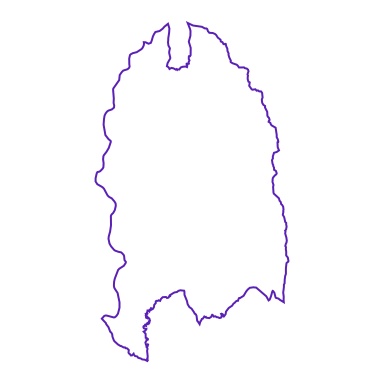 outline of Ebéjico, Antioquia, Colombia
{"feature_id": "7082276B74110023604891", "entity_name": "Ebéjico", "entity_type": "district", "adm_level": 2, "iso_a3": "COL", "parent_name": "Colombia", "parent_adm1": "Antioquia", "projection": "equal_earth", "projection_center": [-75.78, 6.323], "detail": "fine", "context": "isolated", "style": "outline", "palette": "violet", "viewbox_px": 384, "rotation_deg": 0, "n_neighbors": 0, "source": "geoboundaries", "source_scale": "gbopen_adm2", "svg_char_len": 5990}
<svg xmlns="http://www.w3.org/2000/svg" viewBox="0 0 384 384"><path d="M143.8,42.2L144.0,43.8L143.7,45.5L142.6,47.8L141.5,49.1L136.7,52.2L133.0,53.1L131.0,54.1L130.0,55.0L129.2,58.5L129.3,64.3L129.6,66.4L129.2,67.7L127.6,69.2L123.2,70.6L121.6,72.3L119.7,75.1L119.2,80.1L113.3,88.5L113.1,89.8L113.8,98.5L113.6,103.0L114.2,105.5L114.0,107.6L111.9,109.4L108.4,110.6L107.1,111.5L105.7,113.3L104.6,115.5L104.0,119.0L103.6,124.7L105.4,135.1L108.5,139.1L110.7,141.0L110.8,141.9L108.8,147.9L106.5,151.8L103.8,155.3L103.4,156.3L103.1,159.3L103.6,163.3L103.4,167.2L102.7,168.6L100.4,171.0L99.4,171.6L97.4,172.1L96.7,173.4L95.6,178.2L95.6,181.5L97.3,184.2L102.5,187.2L103.9,188.6L107.6,195.5L109.2,197.0L111.7,198.3L114.4,201.4L115.6,203.4L115.8,205.8L114.8,210.1L113.2,212.9L111.5,214.6L110.9,215.9L111.0,225.3L110.1,231.6L108.8,236.3L108.5,238.8L109.5,243.6L111.1,246.4L114.0,249.8L115.1,250.6L118.4,251.8L121.2,252.4L122.3,253.4L123.7,255.0L124.1,256.0L124.5,260.0L125.9,262.0L125.5,263.3L123.8,265.8L119.3,268.7L118.1,270.0L114.8,278.6L114.1,281.7L113.9,285.5L114.1,287.1L114.6,288.4L117.6,293.0L119.5,302.3L119.5,307.7L118.0,313.6L116.4,316.0L114.8,317.3L113.6,317.4L106.5,315.5L105.4,315.5L104.2,316.0L101.8,318.7L105.9,323.1L106.3,324.3L108.5,327.2L110.2,331.7L111.3,332.6L112.2,334.3L112.5,336.8L113.9,340.5L114.5,341.3L118.0,344.5L120.5,346.0L121.3,346.1L123.5,347.4L125.0,347.4L125.6,348.2L126.8,348.3L127.4,348.6L128.8,350.1L128.5,352.5L128.9,353.4L130.1,354.3L130.8,355.4L132.0,355.4L133.6,353.7L134.0,354.8L135.0,356.0L137.3,356.5L138.2,357.8L141.1,358.6L142.1,359.4L144.7,359.7L147.3,361.0L147.8,360.2L147.1,358.9L147.7,358.0L147.5,357.4L147.7,356.4L147.1,350.8L147.5,349.0L147.4,348.2L146.5,347.0L147.5,346.4L148.1,344.6L147.8,344.3L146.4,345.1L146.0,344.9L145.4,342.4L146.3,341.0L146.5,339.8L147.7,339.8L147.9,339.6L147.9,339.0L146.8,338.1L145.7,337.8L145.6,333.8L143.7,331.6L144.8,331.1L146.3,329.4L146.4,329.0L143.9,328.3L143.5,327.6L143.4,326.7L143.7,326.1L144.8,325.9L145.0,325.1L145.8,325.6L145.6,324.8L145.9,324.4L147.3,324.3L147.1,323.4L147.3,323.1L148.2,323.9L148.8,323.7L149.2,323.2L149.5,321.9L148.9,321.7L148.9,321.3L149.9,320.6L149.6,319.9L149.6,319.1L148.8,318.1L147.9,318.3L147.8,317.4L147.4,316.7L147.1,317.0L147.1,318.1L146.2,317.8L146.0,317.3L146.1,316.3L145.7,315.6L146.3,314.5L145.8,313.9L146.3,313.6L147.2,313.9L147.5,313.6L147.0,312.3L147.5,311.5L147.5,310.5L148.1,310.4L149.4,311.5L149.6,311.0L149.2,310.4L149.7,310.2L149.8,309.7L150.7,309.9L151.1,308.2L151.4,308.3L152.1,309.3L153.0,308.8L154.0,306.9L154.2,304.9L155.8,303.0L155.7,301.7L155.9,301.2L156.7,300.8L157.8,300.9L158.6,300.3L160.1,300.9L161.0,298.9L162.7,297.2L166.0,297.0L167.0,298.0L168.5,297.6L169.4,295.9L169.7,296.4L170.2,296.1L170.4,295.2L170.8,294.6L174.3,292.5L177.0,292.0L178.5,290.8L180.4,290.3L184.1,290.7L184.4,291.5L184.5,294.9L187.0,301.1L187.6,304.1L189.3,307.0L191.6,308.7L194.0,312.2L194.7,313.7L195.3,313.8L196.0,314.7L196.5,315.7L197.2,320.8L197.8,321.4L199.6,324.2L200.4,321.4L201.1,320.7L201.8,319.0L202.9,318.6L204.3,316.5L205.3,317.1L205.9,316.9L206.3,317.7L209.3,318.1L211.4,316.7L211.8,315.2L212.2,314.8L213.1,315.4L213.8,316.6L215.5,316.3L216.7,317.2L217.7,317.2L219.5,318.0L220.9,317.7L221.3,317.1L221.8,315.2L221.1,313.9L221.6,313.7L222.9,314.4L223.5,316.5L223.9,316.5L225.6,314.2L226.0,311.6L228.7,308.0L232.1,305.7L233.5,303.6L234.8,302.7L235.9,301.4L237.0,300.8L238.0,300.8L238.6,298.9L239.2,298.0L240.1,298.0L243.6,295.8L246.3,291.3L247.8,289.5L249.8,287.8L253.3,287.3L256.2,287.6L266.3,296.3L268.6,300.4L269.7,299.6L271.0,296.3L272.3,291.5L272.7,290.9L273.1,291.1L274.3,292.6L275.6,297.5L276.0,297.9L278.5,298.6L280.0,299.9L283.8,302.2L283.6,300.2L283.7,296.5L283.2,292.6L283.9,287.1L283.9,284.7L284.6,283.3L284.7,279.7L285.2,275.9L285.9,273.9L285.9,268.4L286.4,263.8L286.7,262.8L288.3,261.6L288.4,260.7L287.8,257.5L286.2,255.5L286.2,251.6L285.8,249.0L286.0,247.2L285.3,246.0L285.9,243.7L286.5,242.5L286.8,240.6L286.4,237.7L285.2,233.5L285.5,231.4L285.1,230.7L286.1,229.4L286.6,226.5L286.2,224.6L286.2,222.9L285.2,221.9L284.2,217.2L282.8,214.8L283.4,211.8L283.2,211.1L283.5,209.6L283.2,206.8L282.2,205.0L281.1,204.0L280.9,202.7L280.5,201.7L279.6,200.8L278.9,198.3L273.8,193.6L273.5,192.7L273.1,186.9L273.5,185.0L272.5,181.9L272.7,178.6L273.1,177.5L274.9,175.4L276.3,174.3L276.7,173.2L275.9,170.9L274.1,169.8L274.0,167.6L273.3,166.3L273.2,165.0L272.6,164.0L272.0,160.2L272.9,158.3L272.8,156.6L274.0,152.8L276.7,152.0L279.0,150.4L277.7,147.2L277.5,142.3L278.2,142.1L278.3,141.7L277.8,139.3L276.7,137.2L276.7,134.8L275.6,127.7L271.8,125.5L270.9,124.5L270.3,122.8L268.6,121.8L268.9,120.8L269.5,120.1L269.5,119.4L268.8,117.6L268.0,116.9L267.4,115.8L267.2,111.8L265.0,107.5L265.1,106.0L263.4,104.9L262.2,102.8L261.8,99.6L262.6,97.5L262.1,92.8L261.0,91.4L259.2,91.4L257.9,90.4L256.6,90.7L255.4,89.3L252.3,89.7L251.6,89.2L249.2,85.8L249.7,82.4L248.4,81.6L247.7,79.1L247.7,77.2L248.0,75.7L247.5,74.3L248.5,71.3L248.0,69.6L246.8,68.6L244.7,68.1L244.0,67.4L239.0,67.5L237.7,65.6L236.7,64.7L232.7,63.3L230.8,62.2L230.6,61.6L230.8,60.6L229.3,57.5L228.5,54.8L228.6,53.4L227.5,51.0L227.3,48.5L226.3,46.5L225.7,43.9L225.1,43.8L224.1,44.3L223.4,44.0L222.5,42.2L220.8,41.5L220.5,39.7L217.8,37.6L216.1,34.9L214.9,33.9L212.7,33.0L209.3,32.8L207.9,31.1L207.2,29.0L206.5,28.5L204.8,28.4L201.9,26.8L193.0,25.5L187.7,23.0L190.0,28.9L190.5,30.9L190.4,35.8L188.8,41.7L190.7,47.9L190.6,55.2L190.0,56.2L189.1,56.1L188.8,56.7L188.8,59.2L189.5,60.3L188.6,62.2L188.9,63.6L187.6,64.1L186.9,63.6L186.6,63.8L186.6,64.5L187.3,65.8L187.0,67.1L185.6,66.5L182.5,66.8L180.7,67.5L179.3,69.5L177.7,69.4L177.2,69.9L176.6,69.1L175.7,69.6L173.6,68.4L171.4,67.9L169.5,69.0L168.6,67.3L166.9,66.2L167.6,63.1L170.2,58.5L170.3,57.8L169.2,53.1L169.2,51.7L169.9,48.3L168.4,45.5L168.0,42.1L168.2,40.7L168.3,38.1L169.1,32.8L169.4,28.5L168.0,23.8L164.3,26.8L162.7,28.7L159.6,31.0L155.4,32.0L154.1,34.0L152.9,36.5L151.8,40.4L150.8,42.9L148.5,43.7L145.6,42.3L143.8,42.2Z" fill="none" stroke="#5b21b6" stroke-width="2"/></svg>